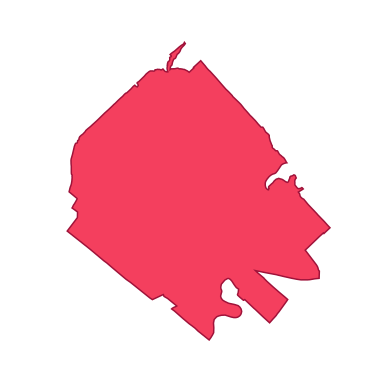 Siminicea, Suceava, Romania (Albers equal-area conic projection), rotated 80°
{"feature_id": "2599482B41742181273459", "entity_name": "Siminicea", "entity_type": "district", "adm_level": 2, "iso_a3": "ROU", "parent_name": "Romania", "parent_adm1": "Suceava", "projection": "albers", "projection_center": [26.395, 47.713], "detail": "fine", "context": "isolated", "style": "filled", "palette": "rose", "viewbox_px": 384, "rotation_deg": 80, "n_neighbors": 0, "source": "geoboundaries", "source_scale": "gbopen_adm2", "svg_char_len": 5906}
<svg xmlns="http://www.w3.org/2000/svg" viewBox="0 0 384 384"><g transform="rotate(80 192 192)"><path d="M325.1,127.2L316.1,117.9L314.5,116.4L311.4,118.9L305.8,123.6L299.6,128.6L292.9,133.8L289.7,136.0L289.3,136.1L283.8,140.7L282.5,141.7L280.4,143.2L284.2,133.6L288.1,123.2L288.9,121.5L289.3,120.6L289.5,120.0L290.9,116.9L294.3,108.7L295.4,105.8L296.0,104.3L297.3,100.4L297.5,99.6L298.6,93.2L298.8,91.2L298.8,88.2L298.8,86.2L299.1,81.8L292.0,80.3L291.3,80.8L290.5,81.0L289.5,81.1L288.8,81.1L287.3,81.4L286.7,81.6L285.2,82.2L268.9,90.6L260.0,77.3L258.1,74.5L255.1,69.7L255.8,69.3L251.2,62.3L247.7,64.6L244.1,66.8L236.3,72.1L234.9,72.9L224.5,79.8L218.5,83.2L217.9,84.0L217.5,84.5L216.3,85.5L215.4,86.0L214.8,86.2L213.9,86.3L212.6,86.3L210.5,87.3L208.6,82.5L208.3,81.9L206.9,82.8L206.7,83.1L207.1,84.1L207.3,84.9L207.3,85.2L207.2,85.7L207.2,86.4L207.1,86.8L207.0,87.0L206.7,87.3L206.2,87.7L203.2,89.3L202.4,89.4L200.3,89.0L199.5,89.0L198.5,88.7L198.0,88.4L197.5,88.2L197.1,87.8L196.6,87.2L196.3,86.9L194.7,87.3L194.2,87.3L193.3,87.8L193.2,87.9L193.1,88.2L192.9,88.5L192.8,88.8L192.9,89.0L193.2,89.6L193.6,91.0L193.5,91.4L193.5,91.8L193.9,92.6L194.4,93.1L194.8,93.1L195.8,93.6L196.6,94.2L197.6,94.7L198.5,95.3L198.9,95.7L199.0,96.1L199.1,96.6L199.0,96.8L198.5,97.3L198.2,97.9L197.0,99.1L196.5,99.6L195.8,100.3L195.5,100.8L195.0,101.3L194.9,101.5L194.8,102.0L194.6,102.4L193.7,104.1L193.6,104.5L193.7,104.9L193.9,105.3L193.9,106.4L194.0,106.8L194.2,107.2L195.3,109.0L196.0,109.8L196.5,110.2L197.2,111.1L197.9,112.4L198.6,113.4L199.8,115.3L200.1,115.6L200.8,115.8L201.2,115.8L201.5,115.6L201.9,115.5L202.0,115.6L202.3,116.0L202.5,116.1L203.1,116.3L203.1,116.5L202.8,117.0L202.2,117.6L200.7,118.5L200.4,118.6L198.3,118.7L196.5,118.4L195.7,118.2L195.1,118.0L194.0,117.3L192.5,116.0L191.0,114.3L190.1,113.2L189.6,112.3L188.8,110.7L188.6,110.0L188.4,109.3L188.2,107.6L187.9,106.6L187.6,106.0L186.0,104.2L182.7,101.0L181.0,99.4L180.8,99.1L180.6,98.7L180.2,97.6L179.9,96.6L179.8,95.6L179.7,94.8L179.7,93.5L178.5,94.1L177.3,94.4L175.0,95.3L174.0,95.9L172.7,97.2L171.9,97.7L170.6,98.9L169.5,99.6L167.0,100.4L166.3,100.7L165.8,102.6L164.8,103.1L163.9,103.8L163.0,104.7L162.2,105.2L160.1,105.0L159.3,105.4L158.0,105.6L155.1,106.2L151.5,106.4L149.7,106.1L148.4,106.7L147.6,107.5L146.5,108.3L146.1,108.8L144.2,109.6L142.2,110.2L140.5,111.0L140.4,111.3L140.2,112.7L136.5,115.1L132.8,117.2L127.9,120.5L126.8,121.4L124.5,122.7L118.7,126.3L117.3,127.0L114.2,128.7L111.6,130.5L108.6,132.7L104.9,135.4L104.1,135.6L99.7,138.5L96.6,140.8L91.0,144.2L83.3,148.8L76.2,153.3L75.0,154.3L73.8,155.1L72.1,156.1L70.3,157.0L64.2,160.6L69.5,168.9L70.1,168.6L71.0,170.0L73.6,174.0L72.7,174.8L71.9,175.6L70.7,177.3L70.2,177.9L69.9,178.4L69.7,179.4L69.3,180.1L68.7,181.9L68.5,183.2L68.3,183.5L67.8,184.0L67.6,184.5L67.5,185.0L67.6,186.6L67.6,187.5L67.4,189.0L67.1,191.1L67.1,191.6L67.5,192.2L65.6,191.7L64.9,191.4L64.2,190.8L63.6,189.9L63.4,189.7L60.5,188.5L58.4,187.2L57.9,186.6L57.5,185.3L57.0,184.7L54.6,183.2L53.7,182.5L53.2,181.3L51.9,179.9L51.1,179.2L49.2,178.1L47.7,176.5L46.0,174.1L44.7,172.8L43.3,173.5L44.5,174.4L45.0,175.2L45.7,177.0L46.9,179.3L50.2,184.7L51.1,186.7L51.9,188.3L52.8,189.7L54.3,188.8L54.5,188.8L55.1,189.1L55.4,190.3L55.6,190.5L55.9,190.7L56.6,190.7L57.6,190.9L58.2,191.1L58.8,191.6L59.3,192.2L59.5,192.8L59.9,193.1L60.5,193.5L61.8,193.8L61.8,194.0L62.8,194.0L62.9,194.4L63.3,194.4L64.0,194.5L65.5,195.0L66.0,195.1L68.5,195.1L69.4,194.9L69.4,195.6L69.2,196.4L68.9,196.8L68.6,197.5L68.0,198.0L66.4,198.9L65.9,199.1L65.8,199.3L66.0,199.9L66.3,200.2L66.4,200.7L66.3,201.4L66.2,201.8L65.9,202.1L65.6,202.8L65.5,203.8L65.2,204.3L65.2,204.7L65.3,205.9L65.3,206.3L65.2,207.1L65.6,207.2L66.1,207.7L66.2,208.0L66.3,208.6L66.2,209.1L66.0,209.8L65.8,210.3L65.8,210.9L65.6,211.8L65.6,212.2L66.0,213.4L67.8,216.6L69.7,218.9L74.0,225.2L74.7,226.9L75.2,227.2L75.5,227.1L75.9,226.8L76.7,226.5L77.8,226.4L78.0,226.5L78.2,226.9L78.9,227.5L79.0,227.7L78.8,228.0L78.6,228.2L78.4,228.6L78.1,228.9L78.0,229.1L77.8,229.3L76.9,229.8L77.7,231.4L79.9,234.2L82.2,237.7L83.1,239.1L83.1,239.7L83.2,240.1L84.0,241.5L85.8,243.8L86.8,245.5L89.0,248.9L91.4,252.3L92.3,253.9L93.2,255.1L96.5,260.1L98.9,264.0L105.2,273.2L110.3,281.3L111.5,283.5L113.0,285.9L113.9,286.6L116.0,289.4L116.9,291.2L118.1,293.0L119.4,293.9L120.5,294.2L121.0,294.5L121.5,295.6L121.8,295.8L123.4,296.3L123.7,296.5L123.8,297.1L123.8,297.7L123.9,298.1L124.3,298.5L126.6,299.9L134.3,303.2L138.4,305.2L139.5,305.6L140.7,305.8L143.3,306.2L145.8,306.4L151.5,307.4L153.2,307.6L153.8,307.5L154.2,307.3L154.6,307.1L156.0,307.5L156.7,307.5L160.3,308.4L163.1,309.4L164.7,310.2L165.6,310.8L167.2,311.6L169.1,312.4L169.9,312.8L170.5,313.0L178.3,306.4L178.8,306.3L180.4,307.5L183.2,309.8L183.8,310.5L184.6,311.2L186.1,312.2L186.9,312.9L191.8,308.2L197.3,309.3L208.8,321.7L230.2,302.7L244.5,290.7L247.0,288.3L252.5,283.8L266.5,272.1L270.4,268.2L289.1,251.8L291.1,249.7L288.0,238.1L288.5,237.9L289.4,237.9L290.1,237.5L292.6,234.5L301.6,226.8L302.0,227.7L302.4,229.7L303.1,231.6L303.6,232.4L306.1,230.0L315.6,222.4L321.1,217.8L326.3,212.9L330.0,210.2L340.7,200.8L338.7,198.7L336.3,196.6L334.3,195.1L329.5,194.1L324.8,193.6L321.4,192.3L319.2,189.4L318.7,187.3L318.5,184.4L319.0,180.7L321.9,175.2L322.9,172.7L323.3,170.6L323.2,168.7L322.3,166.6L321.2,165.3L319.9,164.5L318.2,163.8L315.7,164.0L313.6,164.9L311.9,166.3L310.2,169.6L307.9,175.3L305.5,178.7L303.7,180.7L301.5,181.7L299.5,181.9L297.0,180.8L295.4,180.0L294.0,179.9L292.5,180.3L290.7,180.2L287.9,179.1L284.4,174.9L283.4,172.0L283.6,170.7L284.8,169.4L286.7,168.2L290.3,166.7L292.2,165.8L293.9,164.9L295.4,163.3L295.7,163.0L298.5,163.8L299.8,164.3L300.6,164.9L301.1,165.0L301.6,164.9L303.9,163.2L306.2,161.3L307.5,160.2L307.6,159.9L307.4,159.4L307.1,159.0L307.1,158.7L317.3,151.2L318.6,150.1L327.3,143.7L334.3,138.3L330.5,133.5L330.1,132.9L328.2,130.5L326.8,129.2L325.1,127.2Z" fill="#f43f5e" stroke="#9f1239" stroke-width="1.5"/></g></svg>